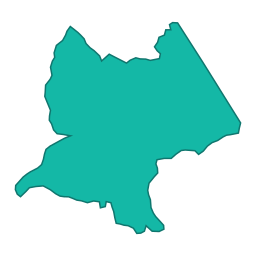 outline of Corumbataí do Sul, Paraná, Brazil
{"feature_id": "56859067B3093140502947", "entity_name": "Corumbataí do Sul", "entity_type": "district", "adm_level": 2, "iso_a3": "BRA", "parent_name": "Brazil", "parent_adm1": "Paraná", "projection": "albers", "projection_center": [-52.152, -24.127], "detail": "fine", "context": "isolated", "style": "filled", "palette": "teal", "viewbox_px": 256, "rotation_deg": 0, "n_neighbors": 0, "source": "geoboundaries", "source_scale": "gbopen_adm2", "svg_char_len": 1655}
<svg xmlns="http://www.w3.org/2000/svg" viewBox="0 0 256 256"><path d="M70.3,26.5L67.0,31.2L65.6,35.1L62.6,40.5L56.4,45.4L54.1,52.9L54.7,57.4L52.4,61.1L50.5,67.2L52.0,75.3L50.2,79.2L45.6,85.1L45.2,92.4L44.8,96.4L47.4,102.8L50.5,110.3L49.5,116.0L49.3,120.2L51.6,123.9L53.6,129.9L57.1,133.7L63.5,134.5L70.5,135.8L64.4,138.3L50.1,146.1L46.0,149.4L44.5,154.1L43.4,159.4L41.6,164.6L37.6,168.1L30.4,171.8L26.9,174.1L23.2,177.0L15.7,185.4L15.4,189.7L17.3,194.2L20.5,196.7L26.0,191.4L29.4,187.7L35.9,186.5L43.2,185.9L50.3,189.7L55.6,193.7L60.0,196.1L64.1,196.7L68.6,196.8L72.8,198.4L76.8,200.1L81.4,200.8L87.4,202.7L93.6,201.0L99.4,201.8L100.4,207.8L105.3,206.6L106.2,201.6L110.9,202.7L112.1,207.1L113.7,211.5L114.8,217.6L116.2,223.3L120.1,224.0L124.0,225.2L128.2,225.7L133.4,228.2L136.8,233.4L140.8,233.1L144.4,231.2L146.1,225.7L152.1,231.2L159.1,231.5L163.9,229.2L163.6,225.3L160.1,221.4L155.6,216.5L153.3,213.0L151.0,207.6L150.4,199.7L148.6,194.9L147.7,190.3L149.0,183.2L154.3,176.7L157.7,173.0L157.4,168.1L155.9,163.9L157.0,159.7L164.2,158.4L171.2,158.4L176.1,154.1L181.2,150.5L185.2,150.0L194.9,150.7L198.6,154.4L203.4,151.0L207.4,146.1L212.1,142.6L217.7,140.5L223.1,136.9L226.5,135.2L230.3,134.7L238.4,133.1L239.3,128.2L240.6,122.9L220.4,90.5L217.5,85.8L202.7,62.1L177.6,22.9L172.6,22.6L169.5,24.6L170.8,29.8L165.8,29.8L164.4,35.1L159.0,37.3L157.6,42.3L154.5,46.8L157.2,50.8L160.4,53.7L159.4,58.6L153.8,59.7L150.2,60.4L145.8,59.1L140.1,58.9L135.8,57.8L130.2,60.2L126.5,63.1L114.0,56.7L109.2,54.2L101.6,61.0L99.6,55.9L94.0,50.6L90.1,47.8L86.0,43.5L84.1,38.8L80.6,35.1L77.9,32.5L74.4,29.7L70.3,26.5Z" fill="#14b8a6" stroke="#0f766e" stroke-width="1.5"/></svg>